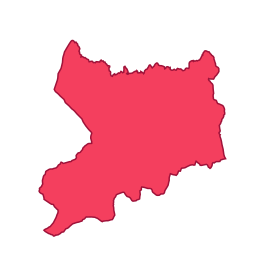 Butere, Western, Kenya, rotated 351°
{"feature_id": "3690345B46700738933790", "entity_name": "Butere", "entity_type": "district", "adm_level": 2, "iso_a3": "KEN", "parent_name": "Kenya", "parent_adm1": "Western", "projection": "robinson", "projection_center": [34.522, 0.227], "detail": "fine", "context": "isolated", "style": "filled", "palette": "rose", "viewbox_px": 256, "rotation_deg": 351, "n_neighbors": 0, "source": "geoboundaries", "source_scale": "gbopen_adm2", "svg_char_len": 5772}
<svg xmlns="http://www.w3.org/2000/svg" viewBox="0 0 256 256"><g transform="rotate(351 128 128)"><path d="M90.0,35.0L88.9,35.4L88.1,33.7L87.2,32.9L86.1,32.9L85.1,33.6L83.0,35.9L79.8,39.7L77.2,42.9L76.2,45.2L75.2,47.2L74.5,49.0L73.5,53.2L71.2,58.7L67.5,63.4L67.2,64.6L66.5,67.6L65.7,69.7L61.2,78.3L61.9,80.4L62.7,81.5L63.6,82.4L64.8,83.9L65.9,85.6L69.3,89.8L70.1,93.1L73.3,97.0L75.4,100.2L76.9,101.7L77.9,103.0L79.8,106.1L83.9,111.8L84.7,115.0L86.7,119.4L89.0,123.4L91.1,126.4L91.4,127.4L90.1,130.1L89.8,131.2L89.6,132.3L90.0,135.9L89.7,137.5L86.6,137.2L85.7,137.4L83.7,138.5L82.7,138.9L81.9,139.7L81.0,140.1L80.2,141.0L79.7,142.2L78.7,143.0L77.1,144.5L76.1,144.8L74.9,144.8L73.0,146.4L72.4,147.3L72.4,149.3L71.2,150.6L67.5,151.4L66.8,152.1L65.9,152.2L65.0,152.1L59.5,152.8L58.4,152.8L57.7,152.0L56.6,151.3L55.8,152.2L55.2,153.1L53.9,153.5L53.1,154.0L52.5,155.0L50.6,156.2L47.9,156.4L47.0,156.7L45.2,156.4L44.2,156.4L43.0,156.7L42.0,157.2L40.8,157.6L40.0,158.1L38.9,161.0L37.7,161.6L36.9,162.6L36.3,164.1L35.3,166.3L35.1,167.9L35.0,170.0L33.8,171.5L33.4,172.4L32.2,172.9L31.1,173.8L31.1,174.9L30.3,176.4L30.7,177.7L31.4,178.5L32.0,179.1L33.5,180.0L33.8,181.3L34.1,184.0L33.9,185.3L39.7,190.7L40.5,191.3L42.3,191.9L43.1,194.3L44.0,195.4L44.8,196.7L45.9,197.8L46.0,199.2L45.3,201.3L44.6,202.1L43.0,205.1L39.5,209.9L35.6,213.3L34.6,213.4L33.6,214.0L32.3,214.6L31.2,214.8L30.0,215.2L29.0,215.8L30.0,217.2L33.1,219.8L34.5,220.5L35.4,221.3L36.2,221.4L36.9,221.9L37.5,223.0L38.7,223.1L39.6,222.5L40.5,222.6L42.6,222.5L43.5,222.0L44.7,221.6L46.0,220.6L48.2,220.5L50.7,217.9L52.7,217.5L53.7,217.0L55.2,215.9L58.3,214.0L62.6,213.3L64.8,213.2L66.0,213.0L66.8,212.7L67.8,212.8L68.4,212.1L68.9,211.4L70.7,211.0L72.8,209.3L74.1,209.6L77.8,210.1L81.4,211.0L82.5,211.8L83.7,212.4L87.1,215.9L88.0,216.5L88.8,216.1L92.4,216.2L93.4,216.4L94.4,216.4L96.6,216.0L98.2,216.0L99.5,214.5L100.1,213.4L101.3,212.0L101.3,210.4L101.1,207.0L101.4,204.5L101.3,202.2L101.8,201.3L101.7,200.4L102.1,199.3L102.3,198.2L102.3,197.3L102.9,196.5L103.3,195.4L105.0,193.9L105.9,192.3L106.9,191.8L112.3,190.7L113.3,190.7L114.2,191.1L115.1,193.4L116.3,195.4L118.4,196.5L119.3,197.4L120.5,200.2L121.4,201.0L124.6,201.1L125.6,200.4L127.4,200.2L128.4,199.8L128.9,197.7L129.7,195.4L129.8,192.9L130.1,191.7L131.0,191.5L131.6,190.8L131.7,189.6L132.4,188.4L134.8,189.2L138.1,190.8L140.4,191.2L141.6,191.9L142.1,193.2L142.1,194.3L142.5,195.4L145.5,198.7L146.5,199.1L148.3,199.3L149.2,198.9L150.1,198.3L152.3,198.6L153.3,198.2L154.2,196.9L154.5,195.8L157.8,191.9L158.7,190.7L159.7,188.0L160.5,186.2L160.8,184.2L161.1,183.1L162.7,179.8L164.7,180.9L166.1,181.5L167.1,181.7L168.2,182.3L169.7,181.1L171.2,178.5L172.2,178.6L173.0,178.8L174.1,176.7L174.7,176.1L177.2,176.2L178.3,176.1L180.2,175.4L183.7,174.4L186.0,174.4L187.0,174.9L188.2,175.0L189.5,172.4L190.1,171.5L192.0,173.8L192.7,174.3L193.2,175.1L193.4,176.0L194.3,176.4L199.7,176.2L200.7,177.0L201.3,179.3L202.0,179.8L202.7,180.7L203.7,180.2L204.2,179.5L205.0,178.5L205.4,177.5L205.8,176.1L206.7,175.5L207.6,176.0L208.8,175.4L209.9,175.0L211.8,175.3L213.5,175.4L214.5,174.1L217.0,173.7L219.6,173.6L218.8,171.4L218.5,169.1L218.6,163.9L218.2,158.8L218.2,156.1L218.0,153.5L217.4,150.0L218.1,149.1L217.4,148.4L217.1,147.5L217.3,146.6L218.2,146.2L218.6,145.0L218.5,142.8L218.6,139.7L220.2,138.0L220.7,136.9L221.6,135.7L222.0,134.2L223.0,133.3L223.7,132.5L224.3,131.6L224.5,130.3L225.6,129.6L225.9,128.3L225.8,126.3L226.2,125.1L226.2,123.8L225.6,121.6L225.0,120.6L222.1,118.7L220.4,117.8L219.9,116.5L219.7,115.2L219.3,114.4L218.5,114.0L217.6,113.6L217.1,112.9L216.9,111.9L217.1,111.0L217.0,109.9L217.5,108.1L218.0,107.3L218.2,102.9L218.6,99.0L218.2,97.7L216.7,95.7L216.3,94.6L215.4,93.8L215.1,92.6L215.4,91.8L216.2,92.3L220.2,93.1L221.9,90.9L224.1,89.3L224.7,88.5L225.7,87.6L226.6,86.4L227.0,83.6L226.5,82.4L224.6,80.8L224.3,79.5L224.5,78.4L224.1,76.3L223.9,74.4L223.6,73.3L223.9,72.1L223.5,70.8L222.7,69.8L222.0,69.3L221.7,68.4L221.0,67.6L219.9,65.4L219.0,65.3L217.5,64.2L216.6,63.9L215.6,64.0L214.8,65.0L214.0,65.6L213.8,66.5L212.9,67.0L213.1,67.9L212.1,68.4L211.2,69.9L209.3,72.1L208.3,72.1L207.0,72.6L206.2,72.1L205.2,72.4L204.2,72.4L203.5,71.7L202.9,72.4L202.4,71.6L201.4,71.6L200.2,72.0L199.1,72.6L198.5,73.7L197.9,77.5L197.3,78.7L196.5,78.5L195.4,78.0L194.1,78.3L193.6,79.3L192.5,79.9L191.2,80.0L189.4,77.9L188.2,77.9L186.2,76.9L185.4,77.5L184.9,78.3L183.8,78.2L182.8,77.2L181.8,77.7L180.5,77.9L179.5,77.3L178.8,76.6L179.1,75.6L179.1,74.7L178.1,74.9L177.4,74.0L176.3,73.6L175.3,73.8L174.6,74.9L173.6,75.3L173.4,73.2L172.4,72.5L170.8,71.7L169.3,71.4L168.0,70.7L167.7,69.5L167.3,68.6L166.4,68.3L165.1,69.0L164.1,70.0L163.6,70.8L161.3,72.4L160.1,69.8L159.6,69.1L158.6,69.5L157.8,70.8L155.9,72.9L154.8,73.0L153.3,74.2L152.6,76.1L151.9,76.8L151.3,75.8L150.5,75.0L149.5,74.2L149.4,75.4L148.5,75.2L147.5,75.3L146.3,75.0L146.3,73.6L145.7,72.7L145.3,73.5L144.3,73.0L142.5,73.6L140.8,74.5L139.9,74.4L139.1,74.5L138.2,74.2L136.2,74.9L135.2,74.2L135.9,73.6L136.8,73.6L136.8,72.2L136.2,69.6L135.6,68.9L134.6,66.6L133.5,67.1L133.3,68.4L133.2,69.6L132.8,70.8L132.6,72.2L131.4,72.6L130.7,71.6L129.9,71.0L129.0,72.0L128.2,72.6L127.2,72.1L125.5,73.1L124.2,73.5L123.4,73.4L123.3,72.4L122.4,72.7L121.5,73.3L120.7,74.5L119.5,73.8L119.2,72.5L119.2,71.5L119.6,70.3L119.4,69.4L118.5,68.7L118.4,67.4L118.7,65.3L119.5,64.9L119.6,64.0L118.6,63.4L117.5,63.3L116.9,61.6L116.0,60.8L115.5,59.2L114.4,59.1L113.9,57.8L112.9,58.0L112.1,56.7L111.1,57.3L110.4,58.4L106.9,57.5L106.0,58.4L105.0,58.0L104.0,58.0L103.3,56.6L101.9,56.3L100.9,56.5L100.0,56.5L99.6,54.3L98.0,53.3L96.6,51.7L95.7,51.8L95.0,51.0L94.1,50.3L92.7,50.4L93.4,48.8L92.2,47.8L91.8,46.3L92.1,45.5L91.6,44.5L92.8,42.2L92.6,41.1L92.2,39.9L91.2,38.6L91.4,37.3L90.6,36.2L90.0,35.0Z" fill="#f43f5e" stroke="#9f1239" stroke-width="1.5"/></g></svg>